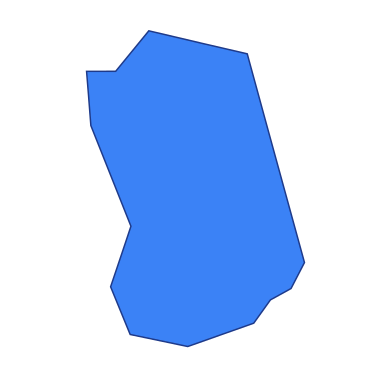 the district of Panyijiar, Unity, South Sudan, rotated 188°
{"feature_id": "79223893B83393378605380", "entity_name": "Panyijiar", "entity_type": "district", "adm_level": 2, "iso_a3": "SSD", "parent_name": "South Sudan", "parent_adm1": "Unity", "projection": "albers", "projection_center": [30.377, 7.529], "detail": "fine", "context": "isolated", "style": "filled", "palette": "blue", "viewbox_px": 384, "rotation_deg": 188, "n_neighbors": 0, "source": "geoboundaries", "source_scale": "gbopen_adm2", "svg_char_len": 403}
<svg xmlns="http://www.w3.org/2000/svg" viewBox="0 0 384 384"><g transform="rotate(188 192 192)"><path d="M202.6,340.6L257.2,345.6L284.4,300.9L313.2,296.8L307.9,273.2L301.4,243.7L247.7,149.6L250.7,133.3L253.0,120.9L259.4,86.8L233.4,42.3L174.7,38.4L112.6,70.7L99.3,96.1L80.5,110.2L70.8,137.8L127.7,269.5L153.7,329.9L156.5,336.5L202.6,340.6Z" fill="#3b82f6" stroke="#1e3a8a" stroke-width="1.5"/></g></svg>